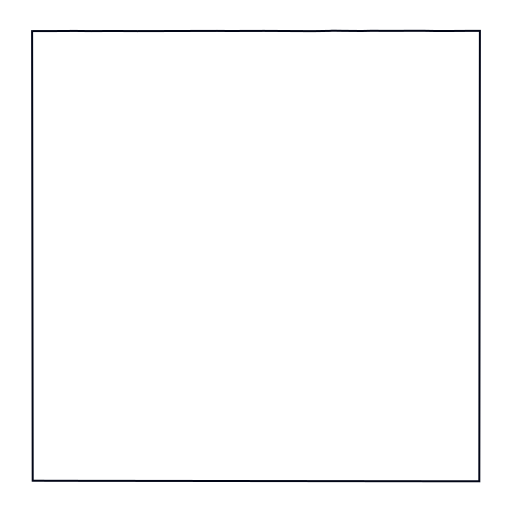 Smith, Kansas, United States of America (Mercator projection)
{"feature_id": "52423323B97922729211472", "entity_name": "Smith", "entity_type": "district", "adm_level": 2, "iso_a3": "USA", "parent_name": "United States of America", "parent_adm1": "Kansas", "projection": "mercator", "projection_center": [-98.778, 39.785], "detail": "fine", "context": "isolated", "style": "outline", "palette": "ink", "viewbox_px": 512, "rotation_deg": 0, "n_neighbors": 0, "source": "geoboundaries", "source_scale": "gbopen_adm2", "svg_char_len": 486}
<svg xmlns="http://www.w3.org/2000/svg" viewBox="0 0 512 512"><path d="M32.1,31.1L32.7,480.7L50.1,480.8L479.3,481.3L479.9,30.9L465.1,30.9L449.1,31.0L435.2,31.0L423.6,30.8L409.2,30.8L392.9,30.9L371.4,30.8L362.1,31.0L361.0,31.0L348.4,30.9L345.9,30.9L332.0,30.7L331.1,30.8L329.7,30.9L316.0,31.1L303.3,31.1L264.6,30.9L262.8,30.9L228.3,31.0L217.2,30.9L137.3,31.1L116.6,31.0L108.0,31.0L107.5,31.0L91.7,31.1L70.6,30.9L69.3,31.0L32.1,31.1Z" fill="none" stroke="#020617" stroke-width="2"/></svg>